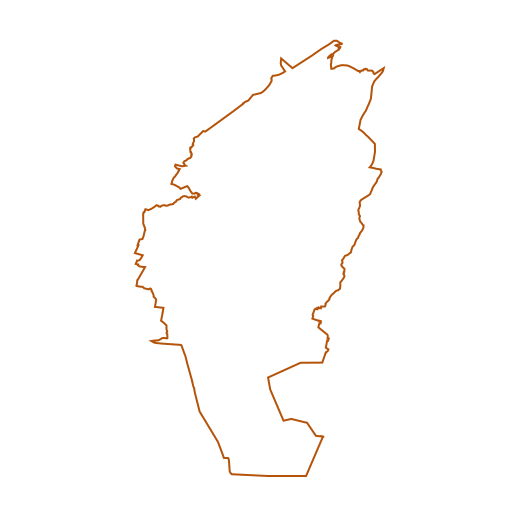 Texcoco, México, Mexico, rotated 273°
{"feature_id": "50627088B50126405105256", "entity_name": "Texcoco", "entity_type": "district", "adm_level": 2, "iso_a3": "MEX", "parent_name": "Mexico", "parent_adm1": "México", "projection": "equal_earth", "projection_center": [-98.834, 19.476], "detail": "fine", "context": "isolated", "style": "outline", "palette": "amber", "viewbox_px": 512, "rotation_deg": 273, "n_neighbors": 0, "source": "geoboundaries", "source_scale": "gbopen_adm2", "svg_char_len": 6113}
<svg xmlns="http://www.w3.org/2000/svg" viewBox="0 0 512 512"><g transform="rotate(273 256 256)"><path d="M52.7,234.4L52.7,238.9L50.9,239.6L39.7,241.0L38.6,241.5L37.9,242.0L36.8,243.2L36.9,279.3L38.9,317.5L78.8,332.2L78.9,332.6L79.2,332.6L79.4,331.2L79.5,330.5L79.3,330.5L79.4,326.7L79.6,325.2L91.6,316.1L92.0,315.9L92.4,314.9L92.4,314.1L93.2,309.8L95.0,300.5L95.2,300.1L93.0,292.1L123.4,277.2L135.3,274.4L151.7,306.0L153.0,327.8L163.3,330.7L163.3,331.2L163.9,331.4L164.7,332.5L166.5,333.2L168.1,330.5L169.9,330.8L174.1,331.3L175.2,331.5L175.1,332.4L177.4,333.0L177.5,331.8L179.8,331.9L181.2,331.4L188.0,322.0L192.2,322.8L192.1,324.0L194.2,324.3L194.8,322.1L194.5,322.0L196.4,315.6L199.0,316.3L200.2,315.6L205.9,317.4L206.1,318.5L206.4,318.6L206.1,319.8L207.2,319.8L206.9,321.1L207.9,321.2L207.2,323.5L209.0,323.7L209.0,326.4L209.1,326.8L209.2,327.5L211.0,328.1L212.1,327.9L214.0,329.3L215.1,330.5L216.9,331.7L217.8,331.5L221.3,333.7L221.9,334.5L225.1,337.5L225.9,338.9L226.0,339.7L227.8,341.6L231.5,341.8L232.5,341.6L234.3,341.6L235.2,342.5L238.3,344.5L240.2,345.4L241.3,345.1L242.4,344.4L242.7,344.7L243.1,344.3L243.9,344.5L244.5,344.4L244.9,345.0L245.1,344.9L247.6,345.1L247.9,344.9L249.8,342.7L251.1,341.7L252.1,341.7L253.5,342.7L254.9,342.6L255.9,342.1L256.8,342.4L257.5,343.2L260.6,344.7L261.1,345.4L261.6,347.1L264.7,350.7L267.3,351.0L270.4,352.0L272.1,353.6L276.7,355.0L278.5,355.9L279.6,357.0L280.9,357.4L281.4,357.4L283.0,358.4L284.0,358.4L287.0,360.6L290.0,361.8L292.2,361.8L292.3,361.3L292.7,361.1L294.5,359.6L295.8,358.3L298.2,357.4L299.5,357.2L300.9,357.7L301.4,357.7L303.0,356.5L305.2,356.3L307.0,355.8L307.9,355.9L309.3,356.6L311.6,357.2L312.7,357.2L314.4,356.7L315.8,356.9L317.7,358.3L323.0,365.9L323.9,366.8L325.4,367.2L328.5,368.5L329.8,368.7L332.3,370.0L336.1,372.5L339.7,373.5L340.4,374.2L342.5,375.4L344.6,376.5L346.7,377.1L348.0,376.1L349.0,376.0L349.4,371.4L350.0,368.8L350.5,364.9L351.8,365.9L354.1,367.3L356.8,368.2L359.1,368.6L366.8,369.4L371.2,369.0L374.1,368.9L375.4,367.6L381.0,361.6L382.4,359.7L384.7,357.3L386.3,355.2L388.2,352.0L397.5,353.3L401.6,355.1L404.1,356.5L405.3,357.1L406.2,357.8L408.1,358.6L410.7,359.5L413.6,360.7L419.0,362.5L431.5,363.1L436.6,365.0L439.3,367.0L441.4,368.9L445.5,372.0L446.6,372.7L447.4,373.1L450.3,373.7L443.9,364.9L444.2,364.2L444.7,363.7L445.7,363.6L446.2,363.3L447.1,362.3L447.2,361.1L447.0,358.2L447.3,357.7L447.6,357.4L448.4,357.0L448.7,355.4L448.1,355.0L448.2,354.2L447.8,353.6L447.0,353.5L446.9,353.1L446.7,351.5L446.1,351.2L445.8,350.5L445.1,350.1L445.5,349.7L446.1,349.5L446.1,348.1L446.6,347.4L448.9,342.8L450.7,338.5L451.1,336.3L451.1,332.2L450.8,330.5L449.3,326.4L448.2,324.9L447.3,323.9L446.9,321.4L451.5,320.7L452.7,321.1L455.7,321.0L457.4,321.4L459.6,322.2L458.7,320.0L457.6,317.6L458.0,317.6L459.5,318.8L461.4,320.9L461.9,322.4L463.4,323.7L465.2,326.1L466.3,327.8L468.0,328.9L468.2,328.0L469.2,328.9L469.4,328.3L469.2,327.5L469.9,325.7L470.0,325.1L470.5,324.4L470.9,325.0L471.2,326.0L471.9,329.8L472.2,330.5L472.6,330.6L473.2,328.6L474.1,327.2L474.7,326.4L475.2,325.2L475.2,324.7L475.0,323.6L475.1,322.7L471.0,317.6L466.2,310.5L459.0,301.3L445.5,282.6L454.6,270.8L449.6,270.6L447.5,271.2L441.9,275.4L440.4,273.4L438.8,270.5L438.2,269.3L437.6,267.4L436.8,263.3L434.2,261.9L433.0,262.4L431.6,262.4L428.3,260.8L426.1,259.3L423.1,256.9L421.7,255.6L420.3,254.1L419.0,252.3L416.7,244.5L410.8,240.2L409.7,237.7L407.3,234.5L408.0,236.0L399.8,226.3L377.6,198.9L378.0,196.7L372.4,191.7L371.1,188.6L370.0,187.7L367.8,188.2L364.3,186.9L363.5,187.5L363.3,187.2L362.1,186.7L361.3,185.4L361.1,185.5L360.7,184.8L360.1,185.1L359.6,184.6L356.6,185.1L356.5,185.5L355.8,185.5L355.7,185.9L354.4,186.6L353.6,186.1L353.5,186.3L352.8,186.4L352.6,186.2L352.0,186.2L350.5,185.3L350.3,185.0L350.4,184.7L349.3,182.7L349.1,182.7L347.6,181.1L347.0,179.6L345.8,178.8L345.2,178.6L344.4,179.2L344.2,179.6L343.1,180.0L342.5,181.1L341.7,177.6L343.0,170.8L341.3,170.4L339.2,172.6L338.8,175.2L337.2,174.4L337.2,174.5L334.7,173.3L333.1,172.1L331.3,171.1L330.1,169.9L327.7,168.8L325.8,168.2L324.2,168.1L323.6,167.8L322.8,170.9L320.5,175.7L319.1,177.1L322.2,183.7L320.6,185.2L317.6,187.0L315.2,189.0L315.0,190.2L315.0,191.2L316.0,192.4L315.7,194.0L314.8,195.8L314.0,194.8L313.4,196.3L312.4,195.2L310.0,192.9L312.1,191.8L310.9,189.4L311.9,188.8L311.5,188.4L310.8,185.8L311.2,184.5L311.8,183.6L312.1,181.1L311.7,180.0L310.3,178.0L309.8,177.6L309.2,177.4L308.9,177.1L308.6,176.5L308.3,175.5L307.7,174.1L306.9,173.5L306.2,173.4L304.8,171.3L303.8,170.8L303.6,170.6L303.5,169.9L303.1,169.3L303.1,167.9L302.9,167.5L302.3,166.1L301.8,165.3L301.6,164.7L301.6,164.0L301.5,163.1L302.0,162.0L301.5,159.7L300.8,158.5L300.1,157.8L300.2,157.4L300.4,157.1L300.4,156.1L300.6,155.9L301.0,155.8L301.2,155.6L301.5,153.9L300.0,152.3L297.8,149.3L296.2,146.3L296.9,143.1L294.8,142.5L294.4,142.5L293.9,142.2L293.8,141.8L293.8,141.5L292.5,141.3L292.4,141.1L282.6,141.7L282.0,141.9L278.4,143.5L276.2,144.1L276.1,143.8L269.2,142.5L267.0,141.7L266.3,138.8L260.6,137.2L260.6,138.0L259.8,137.8L252.6,134.9L250.8,142.8L248.3,141.6L245.9,140.1L245.1,138.2L245.1,137.9L245.2,137.5L241.8,136.3L241.3,138.8L240.5,138.6L239.4,140.5L239.1,145.8L226.1,139.2L225.7,138.7L222.4,138.6L220.0,138.1L219.8,138.3L219.3,142.2L219.3,144.5L217.9,146.0L217.1,150.6L218.0,151.9L217.8,152.7L216.8,153.3L216.3,153.5L215.6,153.5L215.1,154.0L213.8,154.7L213.6,154.9L211.1,155.9L210.0,155.9L209.7,156.1L208.7,157.5L207.7,158.3L206.9,158.6L205.7,158.3L203.8,158.3L199.9,157.7L199.4,166.3L195.0,165.8L194.8,165.6L194.2,165.7L186.4,164.6L186.3,164.8L183.8,168.3L183.3,168.6L182.3,170.0L181.1,170.4L179.5,170.3L178.0,170.5L176.0,171.3L175.3,170.9L174.3,170.7L173.9,170.8L173.4,171.5L169.3,171.8L169.1,171.5L169.3,168.5L169.2,166.9L168.9,166.4L167.8,164.9L166.6,162.7L166.5,161.0L166.3,159.4L165.6,156.0L164.3,158.7L164.3,159.2L164.1,159.3L164.2,159.9L163.9,160.6L163.6,166.8L163.3,185.1L163.1,186.0L162.9,186.2L153.9,190.0L152.8,190.6L145.0,193.0L127.7,198.8L127.7,198.7L121.8,200.5L121.0,201.1L120.1,201.4L119.6,201.3L116.3,202.1L97.8,207.8L68.4,227.7L55.2,233.5L52.7,234.4Z" fill="none" stroke="#b45309" stroke-width="2"/></g></svg>